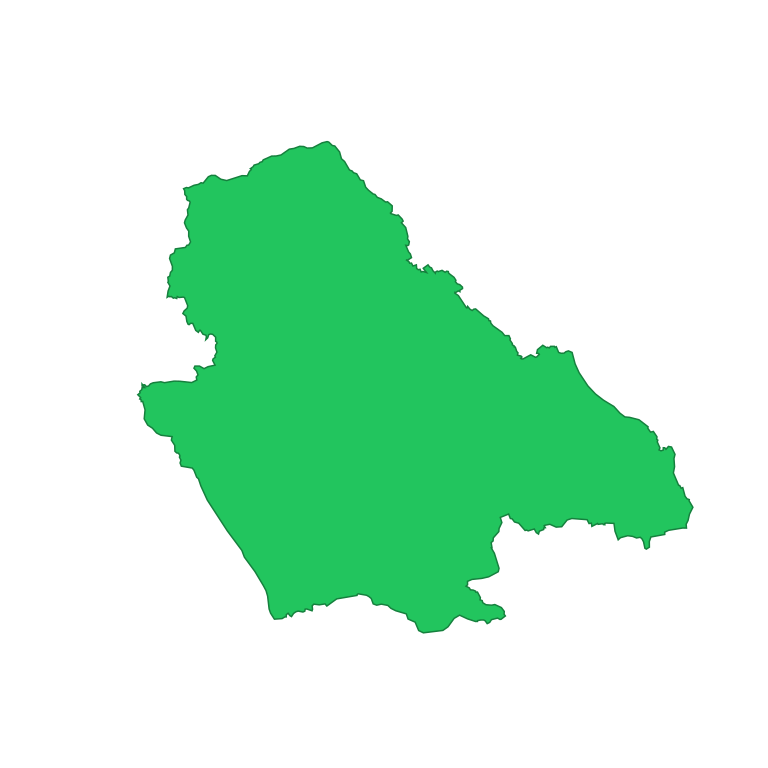 Magetan, Jawa Timur, Indonesia (Mercator projection), rotated 64°
{"feature_id": "22746128B43524249433579", "entity_name": "Magetan", "entity_type": "district", "adm_level": 2, "iso_a3": "IDN", "parent_name": "Indonesia", "parent_adm1": "Jawa Timur", "projection": "mercator", "projection_center": [111.326, -7.653], "detail": "fine", "context": "isolated", "style": "filled", "palette": "green", "viewbox_px": 768, "rotation_deg": 64, "n_neighbors": 0, "source": "geoboundaries", "source_scale": "gbopen_adm2", "svg_char_len": 6170}
<svg xmlns="http://www.w3.org/2000/svg" viewBox="0 0 768 768"><g transform="rotate(64 384 384)"><path d="M120.6,478.5L122.8,478.4L126.4,479.9L129.0,479.2L131.4,480.4L132.8,480.1L134.3,478.6L135.7,478.6L140.1,482.3L141.2,484.3L146.2,486.1L149.5,490.8L151.7,492.7L157.2,493.1L161.0,492.5L165.6,494.8L171.5,495.6L173.5,498.7L172.9,500.3L174.2,502.6L171.1,512.3L174.2,515.0L174.5,519.4L177.2,521.7L185.5,522.6L189.0,524.4L190.1,527.0L193.1,529.3L193.3,531.5L197.3,532.9L197.8,533.7L202.1,533.4L205.8,537.3L211.0,540.9L210.8,538.9L211.8,538.2L212.0,536.9L214.5,535.7L214.7,534.3L216.3,532.8L214.8,531.5L216.4,530.3L217.9,526.3L218.9,525.4L227.6,526.1L229.6,527.7L230.7,531.6L232.5,533.9L236.2,532.2L241.4,533.8L244.4,533.9L245.2,533.2L244.7,531.1L245.7,529.3L253.3,529.7L256.2,528.2L254.9,526.2L255.3,525.5L259.9,524.9L262.1,522.6L263.8,523.0L266.0,524.7L265.2,522.2L262.8,519.9L263.0,517.9L264.3,516.2L268.1,514.8L271.8,516.6L273.1,515.9L274.3,516.3L275.1,518.1L277.7,519.6L282.1,520.2L284.5,523.7L286.0,523.8L286.5,526.6L287.7,527.7L293.0,527.6L291.3,534.5L291.3,539.0L287.0,542.0L285.0,546.1L286.5,547.9L290.1,546.8L294.3,547.2L295.4,549.7L298.4,550.5L298.4,556.2L292.1,566.2L289.4,571.4L286.6,580.7L284.2,583.6L281.7,590.9L281.5,593.9L282.6,596.5L282.1,598.7L279.8,599.4L279.0,601.3L278.0,601.5L279.7,602.3L280.6,601.1L282.3,600.7L281.2,603.0L282.9,604.2L283.5,606.7L285.0,607.1L285.7,610.0L289.5,608.7L290.4,610.1L291.4,609.2L293.4,609.9L293.9,608.5L302.5,610.1L310.2,614.8L317.3,614.4L322.2,611.5L328.3,609.9L332.3,606.9L338.4,597.5L341.2,599.7L347.4,599.0L352.8,601.4L355.0,600.6L356.1,599.1L357.9,598.8L359.3,599.0L360.0,599.9L363.4,599.9L365.6,601.9L369.0,602.2L375.5,593.2L378.2,592.6L385.6,593.2L387.9,592.3L395.4,593.3L410.9,593.7L447.4,589.2L471.3,584.7L478.4,585.4L496.0,582.2L512.4,580.8L518.0,580.6L523.7,581.6L535.9,585.9L540.3,586.4L547.3,585.6L550.2,578.4L549.9,575.2L550.5,574.0L548.5,572.9L548.0,570.7L551.0,570.1L552.5,569.1L550.6,565.9L550.1,563.1L550.5,560.7L553.4,556.8L553.5,554.8L551.8,553.6L552.4,552.0L556.3,548.1L555.2,547.0L551.9,545.8L551.1,543.6L554.1,539.0L555.8,533.4L558.5,532.7L556.4,520.7L562.2,500.9L561.4,500.4L561.3,499.1L566.2,492.3L568.5,490.7L571.2,489.5L576.9,490.1L579.6,487.5L580.7,482.9L584.7,477.6L588.7,476.1L593.0,472.8L600.4,464.7L605.8,465.4L611.7,460.4L620.8,460.9L624.9,457.7L631.3,439.1L630.3,432.9L625.4,423.7L624.9,417.4L631.7,411.9L637.6,405.8L638.4,404.1L637.7,403.6L638.5,400.6L639.8,397.9L641.1,396.9L644.6,396.3L644.6,393.5L642.9,390.7L644.2,384.5L646.4,383.0L646.8,381.9L645.7,376.6L643.6,377.0L641.1,375.6L636.4,376.5L630.8,381.1L630.0,384.2L627.1,389.1L623.9,391.1L621.7,390.7L620.1,392.3L618.2,391.0L612.0,391.2L611.4,392.7L610.3,392.5L608.3,394.2L606.9,396.5L604.7,396.7L601.7,398.9L601.1,396.9L598.0,395.5L598.2,390.6L601.6,381.3L603.2,374.4L602.8,363.6L600.1,361.4L584.6,359.0L578.3,359.4L578.5,358.7L573.5,357.2L572.9,354.8L570.2,353.2L567.0,345.5L564.3,343.9L560.2,338.8L554.9,338.0L555.5,329.0L560.3,329.4L561.4,327.9L565.2,327.2L568.2,323.9L577.5,321.4L577.8,319.9L579.2,318.8L580.2,312.5L584.3,312.3L586.6,310.9L584.4,308.9L584.8,304.3L583.5,303.6L583.9,302.0L581.7,302.3L581.5,301.3L582.8,296.4L588.1,292.0L590.2,286.8L586.5,279.0L587.2,274.2L595.0,260.9L599.3,260.9L600.0,258.6L603.1,259.6L603.0,253.2L604.0,253.1L605.5,248.6L606.5,248.5L607.3,247.2L606.1,246.7L606.4,245.2L610.1,238.4L617.6,240.9L626.7,241.8L625.8,238.8L627.2,231.5L629.9,227.4L633.1,224.5L634.1,220.9L636.3,220.0L639.6,219.9L646.0,221.5L647.4,220.6L647.0,217.0L641.9,214.6L638.5,211.2L642.3,197.6L640.2,196.7L640.3,192.2L644.4,178.6L646.1,175.3L642.5,173.9L639.9,170.5L634.9,166.5L630.2,160.4L622.7,161.0L621.7,160.3L620.0,162.0L616.8,162.6L608.1,160.9L607.9,162.6L604.9,162.7L604.1,163.6L590.8,162.9L585.7,159.1L578.2,156.1L574.8,153.3L566.7,153.2L564.8,155.7L566.3,159.2L564.4,159.6L563.7,160.9L565.8,162.0L565.5,164.3L563.8,165.7L562.4,164.0L555.8,163.8L554.5,162.5L553.3,163.2L551.1,161.8L544.7,162.7L544.1,165.5L539.4,166.3L538.2,165.4L527.9,170.5L521.7,177.8L519.2,181.9L513.7,184.7L505.1,187.2L494.8,193.8L485.7,198.3L475.1,201.6L459.4,203.7L449.6,203.4L438.1,201.1L435.1,203.7L434.7,206.3L435.2,208.7L434.0,211.4L432.2,213.2L426.0,212.8L426.0,214.3L424.9,214.3L423.2,217.8L424.0,219.6L422.7,220.8L422.7,221.9L418.8,224.3L420.4,231.0L423.3,233.3L424.3,231.7L425.4,231.4L426.6,234.7L426.4,236.1L422.1,239.3L422.4,248.0L421.8,249.3L420.9,249.9L420.2,248.2L418.9,248.6L416.6,251.4L414.7,249.9L412.9,250.4L408.4,249.8L407.7,250.7L406.9,250.3L405.0,251.5L403.8,250.9L399.6,251.5L398.8,250.6L395.3,250.5L393.4,254.3L389.3,255.2L379.5,260.5L376.2,261.3L374.0,260.7L373.0,261.9L371.2,261.5L366.4,264.6L356.7,268.7L356.1,270.5L356.6,272.5L354.6,273.9L350.9,274.8L352.0,275.8L351.7,276.5L337.1,278.4L333.4,280.5L332.7,280.1L333.2,279.6L332.9,276.4L334.3,275.3L333.0,274.7L332.7,271.6L331.3,271.0L327.9,272.3L326.2,274.2L323.4,275.0L322.3,273.9L318.8,274.3L312.8,277.3L311.1,276.9L310.1,278.2L310.4,280.1L307.3,282.0L306.8,285.9L305.8,286.7L306.0,288.9L306.8,289.3L303.6,290.4L300.5,290.4L298.9,291.7L296.2,292.2L297.2,298.0L302.5,296.9L300.0,299.6L299.6,301.5L296.7,301.3L296.3,303.1L294.5,304.0L291.1,302.7L290.6,306.3L287.4,306.3L286.7,308.0L284.9,308.0L282.0,309.8L283.0,308.4L282.5,303.9L278.7,303.3L276.0,304.0L268.9,303.6L270.0,302.0L269.8,300.8L267.1,298.8L264.0,299.3L261.7,297.8L252.9,295.9L246.7,297.7L246.0,295.4L243.7,295.4L238.3,297.1L237.9,299.0L233.8,303.2L233.2,303.3L232.3,301.0L227.5,298.5L221.8,300.9L221.2,302.8L216.4,305.3L213.3,308.2L209.7,309.0L208.4,310.5L203.0,313.0L199.1,314.2L192.3,313.3L190.2,315.8L183.1,316.4L180.7,318.8L178.7,319.2L176.5,321.2L166.7,321.9L162.9,323.5L156.0,322.2L148.5,323.9L147.0,325.9L142.3,327.6L141.2,328.9L140.1,333.9L140.4,344.8L138.3,349.6L135.4,352.0L133.4,355.6L132.8,361.6L131.4,366.2L133.0,376.2L131.8,381.0L129.9,385.1L129.6,394.3L130.8,396.0L130.4,398.3L131.1,400.0L130.3,404.8L131.3,406.3L131.9,409.6L132.6,409.0L133.2,409.5L133.9,411.7L137.0,415.6L134.5,420.3L132.2,436.2L128.4,440.9L122.6,444.2L120.8,447.7L120.7,451.0L124.2,458.5L122.9,460.2L123.2,463.4L122.1,467.6L122.0,473.9L120.8,475.4L120.6,478.5Z" fill="#22c55e" stroke="#15803d" stroke-width="1.5"/></g></svg>